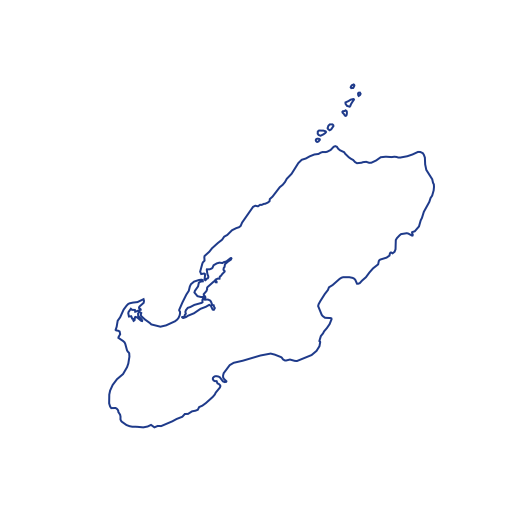 Utila, Islas de la Bahía, Honduras, rotated 156°
{"feature_id": "27666195B66203278575702", "entity_name": "Utila", "entity_type": "district", "adm_level": 2, "iso_a3": "HND", "parent_name": "Honduras", "parent_adm1": "Islas de la Bahía", "projection": "albers", "projection_center": [-86.928, 16.088], "detail": "fine", "context": "isolated", "style": "outline", "palette": "blue", "viewbox_px": 512, "rotation_deg": 156, "n_neighbors": 0, "source": "geoboundaries", "source_scale": "gbopen_adm2", "svg_char_len": 6130}
<svg xmlns="http://www.w3.org/2000/svg" viewBox="0 0 512 512"><g transform="rotate(156 256 256)"><path d="M348.3,147.6L342.5,150.5L341.6,151.4L341.3,152.3L341.9,154.0L343.0,155.3L342.9,157.7L344.5,158.4L345.4,159.6L345.5,161.2L344.8,162.2L343.7,162.7L342.3,162.8L341.0,162.3L339.4,161.2L338.4,160.0L337.2,154.9L335.8,153.5L334.4,153.2L334.0,153.6L335.3,156.9L335.4,158.5L334.7,160.2L333.2,162.1L324.4,167.0L319.8,167.5L310.6,165.7L292.4,163.3L282.3,160.9L279.0,158.3L274.3,153.5L273.8,152.7L273.4,150.6L272.2,148.9L271.1,148.3L267.1,147.6L263.2,144.4L261.3,143.4L245.5,142.9L239.3,144.7L234.7,147.8L232.4,151.2L232.3,151.7L232.7,152.4L232.5,152.8L229.3,156.5L226.3,158.0L224.4,159.5L220.6,161.3L216.5,163.8L212.7,167.5L212.5,168.3L213.0,168.9L218.1,171.5L219.5,174.0L219.9,175.5L219.6,185.0L218.4,186.5L215.5,188.7L208.6,193.3L204.1,195.7L202.1,197.7L197.8,198.3L188.9,201.1L186.7,201.4L185.1,201.2L179.4,198.7L176.6,196.7L175.5,195.3L175.0,193.8L175.0,189.6L173.9,189.1L172.3,189.0L169.1,190.4L164.2,191.9L159.1,194.8L154.1,197.1L147.8,198.7L145.9,201.4L145.0,202.0L143.9,202.2L137.4,201.4L133.9,202.1L132.6,203.9L131.7,204.4L131.2,204.3L130.2,202.9L127.7,203.5L125.8,205.4L121.8,213.7L120.0,215.0L116.4,216.5L114.6,217.0L109.0,215.5L107.8,214.6L105.2,211.2L104.7,211.0L104.2,211.5L104.0,213.8L103.6,214.3L100.9,214.0L95.1,216.7L91.0,221.6L88.9,223.3L84.7,228.1L75.7,234.9L72.9,238.0L70.5,239.5L67.0,243.7L65.3,246.7L64.4,249.1L64.5,250.9L63.8,254.4L65.4,265.4L64.2,270.9L61.7,277.2L61.5,280.2L61.8,282.1L63.6,284.2L65.7,285.2L71.7,285.1L77.2,285.6L84.3,287.3L86.0,288.1L87.3,289.3L89.2,290.4L91.9,291.2L97.0,293.9L101.9,295.5L107.4,294.4L112.7,294.3L114.7,295.1L117.0,297.2L120.0,298.2L121.7,298.3L126.0,299.7L127.3,301.5L128.2,304.2L129.8,306.3L131.1,308.5L133.0,313.3L133.2,314.9L136.3,318.5L137.3,320.6L137.7,322.9L138.9,324.1L140.6,324.2L144.7,322.5L148.5,322.3L150.1,322.6L152.9,323.9L154.9,324.1L157.4,323.8L161.4,325.0L166.4,325.2L170.8,324.8L175.1,325.3L179.5,323.7L190.1,316.6L196.5,314.0L199.4,311.8L202.6,310.2L206.3,309.2L216.8,303.5L220.2,302.4L221.4,300.5L223.5,300.0L226.5,300.0L227.5,300.4L230.1,300.4L231.4,301.1L234.0,300.6L236.2,302.2L238.7,302.1L255.1,292.2L257.8,289.7L259.8,289.2L262.7,289.5L267.4,289.3L273.7,286.9L277.2,286.6L280.3,284.7L285.5,283.4L292.9,281.0L296.9,278.9L303.0,276.9L303.7,275.9L304.9,272.7L307.1,271.8L308.0,271.0L313.4,264.4L313.4,261.8L310.5,261.1L310.0,260.4L310.5,258.9L312.2,256.1L312.4,255.0L312.2,254.5L311.3,254.7L310.6,255.3L309.1,255.2L308.1,256.1L307.8,257.2L307.8,259.0L306.6,263.4L306.3,263.8L303.8,262.7L301.6,262.6L300.6,262.9L298.5,264.8L294.8,265.2L292.1,264.8L289.5,263.2L288.2,263.5L285.2,263.1L280.1,264.4L279.5,264.2L279.4,263.8L280.4,262.9L283.8,262.3L287.7,261.1L289.2,258.8L290.3,258.2L291.2,256.9L291.3,256.3L290.8,255.3L291.0,254.5L294.5,253.1L295.9,252.2L297.4,251.9L298.6,250.1L300.1,250.9L302.4,250.9L303.1,250.5L302.4,248.7L302.7,248.0L303.4,248.3L303.9,249.7L304.8,249.9L313.0,247.3L313.8,246.6L314.1,245.6L315.6,244.1L319.3,242.4L319.6,241.5L319.0,239.9L319.0,238.9L319.4,238.4L320.8,237.8L321.0,237.3L320.4,236.8L318.7,236.3L317.3,235.5L315.9,233.8L315.7,232.3L315.9,229.1L314.7,228.2L315.0,226.8L314.8,225.2L316.3,224.0L316.9,224.2L317.4,224.7L317.5,228.9L318.6,230.4L322.5,230.0L328.2,230.3L336.0,228.9L342.4,229.1L344.7,228.7L347.5,228.9L348.1,229.3L348.4,230.1L348.2,230.3L346.7,229.7L346.0,229.8L344.9,231.2L343.6,231.8L343.3,233.6L342.1,235.0L339.4,236.4L336.8,236.1L332.2,236.4L324.8,235.3L323.7,235.5L322.9,237.6L321.9,238.5L320.6,238.9L320.4,239.6L320.9,240.1L322.8,240.8L325.8,243.1L327.1,247.7L326.0,249.0L321.3,251.8L319.1,254.8L317.1,255.2L314.9,254.5L314.5,255.7L315.5,256.6L318.0,257.3L323.0,257.8L326.9,256.7L328.8,255.1L331.6,251.5L335.3,249.1L342.1,243.5L348.0,238.1L348.3,237.5L348.1,236.0L348.6,234.7L349.9,232.8L351.9,231.0L353.8,230.0L356.5,229.3L366.4,229.2L372.1,230.3L379.5,236.1L380.2,237.9L383.3,243.2L385.2,247.6L385.3,249.0L384.0,250.6L385.0,252.1L386.0,252.1L387.2,251.3L388.0,249.1L386.3,244.6L386.2,243.2L386.5,242.9L387.2,243.4L389.5,248.1L390.9,249.4L391.6,249.2L393.0,246.8L394.2,246.5L394.3,247.0L393.5,248.2L394.6,249.1L394.5,251.7L396.7,252.4L396.0,255.6L395.2,256.7L391.8,258.7L391.1,257.2L388.6,256.0L389.0,254.2L383.2,253.8L383.1,254.4L384.0,255.9L383.7,256.7L382.8,257.3L377.7,258.9L376.6,260.5L376.3,262.3L383.0,262.1L387.4,263.5L390.8,264.2L392.4,264.1L394.4,263.3L398.7,260.9L405.0,255.3L408.7,253.1L412.1,248.0L414.3,245.6L414.0,244.9L412.2,243.7L411.3,242.5L411.9,239.8L414.4,238.0L415.0,237.2L411.9,232.2L411.2,230.5L411.2,228.7L412.2,222.3L412.0,220.7L411.5,219.6L411.4,218.7L412.6,215.5L416.4,209.7L419.0,206.9L425.5,202.2L433.1,200.0L439.4,196.5L444.0,192.4L446.4,189.1L450.1,181.1L450.5,177.8L450.1,175.9L446.2,174.3L445.4,173.3L444.9,171.9L444.8,170.7L445.2,169.5L444.7,166.3L445.1,164.4L446.3,161.8L446.3,160.3L446.0,159.2L443.1,154.3L440.8,152.0L438.4,150.3L434.4,148.5L428.7,145.3L424.3,144.3L420.6,144.4L418.5,140.8L414.9,140.7L411.8,139.2L399.7,139.0L394.7,139.4L388.7,139.1L385.3,140.6L382.3,139.4L377.6,140.1L374.2,139.3L371.7,139.2L369.4,141.1L365.9,141.1L361.7,142.0L352.7,144.9L350.0,146.2L348.3,147.6ZM105.9,360.3L108.6,359.9L111.8,359.9L112.3,358.6L111.8,356.1L109.7,354.3L108.7,354.8L107.7,355.9L105.7,357.3L102.9,359.0L102.9,359.5L103.2,359.8L105.9,360.3ZM147.4,345.0L148.9,344.6L149.9,342.6L149.6,341.1L148.1,339.6L144.9,339.7L142.6,340.2L141.6,340.8L141.7,341.6L143.4,343.1L147.4,345.0ZM135.1,346.2L136.8,345.6L138.6,343.7L138.5,342.6L137.6,340.9L135.8,341.1L132.4,343.2L132.2,344.1L132.6,345.1L135.1,346.2ZM117.8,352.9L118.5,352.5L118.6,351.7L117.9,349.8L117.7,348.2L117.1,347.5L116.8,347.5L116.2,347.7L115.2,348.9L114.4,350.6L114.3,351.5L114.9,352.6L116.1,352.4L117.8,352.9ZM153.0,338.3L153.8,338.1L154.3,337.5L154.4,336.3L153.8,335.3L152.3,335.2L150.4,336.2L150.3,336.8L150.6,337.2L151.9,338.1L153.0,338.3ZM97.0,373.0L99.0,373.0L100.2,372.3L100.9,371.6L100.7,370.6L98.8,370.0L97.5,371.0L96.8,371.7L96.7,372.4L97.0,373.0ZM95.7,363.4L96.4,363.2L96.8,362.7L97.2,361.2L97.1,360.5L95.4,360.8L94.5,361.6L94.6,363.0L95.7,363.4Z" fill="none" stroke="#1e3a8a" stroke-width="2"/></g></svg>